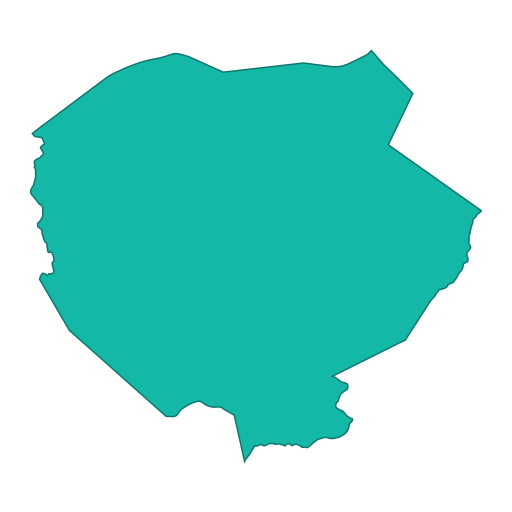 the district of San Juan, Intibucá, Honduras
{"feature_id": "27666195B28906986091339", "entity_name": "San Juan", "entity_type": "district", "adm_level": 2, "iso_a3": "HND", "parent_name": "Honduras", "parent_adm1": "Intibucá", "projection": "natural_earth1", "projection_center": [-88.422, 14.413], "detail": "fine", "context": "isolated", "style": "filled", "palette": "teal", "viewbox_px": 512, "rotation_deg": 0, "n_neighbors": 0, "source": "geoboundaries", "source_scale": "gbopen_adm2", "svg_char_len": 5922}
<svg xmlns="http://www.w3.org/2000/svg" viewBox="0 0 512 512"><path d="M172.6,416.6L174.0,416.4L175.0,416.2L175.7,415.9L176.5,415.4L177.2,414.7L177.9,414.0L178.5,413.1L179.6,411.3L180.1,410.7L180.9,409.8L181.8,409.0L183.1,408.1L186.0,406.2L187.9,405.1L189.9,404.1L192.0,403.1L193.2,402.6L195.1,402.0L196.5,401.6L197.8,401.3L198.8,401.2L200.0,401.3L200.6,401.5L201.3,401.7L202.2,402.3L204.2,403.9L205.8,404.9L207.7,405.8L209.6,406.4L211.2,406.8L213.1,407.1L215.4,407.1L217.9,406.9L218.7,406.9L220.1,407.1L221.2,407.4L222.0,407.8L222.9,408.3L223.3,408.6L224.1,409.4L234.2,415.1L244.6,461.4L245.3,459.9L250.1,453.5L250.6,452.7L251.7,450.6L252.6,449.1L253.2,448.6L253.5,448.2L254.0,447.2L254.1,446.8L254.0,446.3L254.1,446.1L257.3,445.9L258.6,445.3L259.7,444.7L260.4,444.5L261.1,444.6L261.8,444.9L263.5,445.7L264.1,445.8L264.5,445.8L265.0,445.7L266.4,444.9L268.4,443.9L269.8,443.6L270.6,443.5L271.5,443.5L273.1,443.6L273.6,443.7L274.5,444.1L275.3,444.2L276.9,444.1L277.6,444.0L278.6,443.8L279.3,443.8L279.7,443.9L280.0,444.2L280.2,444.4L280.6,444.6L281.4,444.6L282.1,444.5L282.5,444.6L283.2,444.9L283.7,445.5L284.1,445.7L284.5,445.9L284.8,445.9L285.3,445.6L286.2,444.8L287.4,443.9L287.8,443.8L288.5,443.7L289.1,443.8L290.4,444.3L290.9,444.7L291.4,445.4L291.8,445.6L292.1,445.6L292.6,445.4L295.3,444.2L295.9,444.2L296.6,444.3L298.2,445.0L299.9,445.6L300.2,445.8L300.8,446.4L301.2,446.7L302.0,447.2L303.2,447.3L305.1,447.3L306.8,447.5L307.4,447.5L308.0,447.3L309.3,446.4L312.2,443.7L316.0,440.7L317.6,439.6L318.8,439.1L324.7,437.3L325.3,437.4L326.8,437.6L329.4,438.2L330.1,438.4L331.1,438.5L332.5,438.5L334.0,438.4L335.0,438.2L339.3,437.0L340.0,436.7L341.3,435.9L343.4,434.8L344.2,434.3L345.6,433.1L346.2,432.4L346.7,431.8L347.7,430.2L348.4,428.4L349.0,426.7L349.1,426.0L349.1,425.0L349.2,424.5L349.4,424.1L349.8,423.5L350.1,423.0L350.5,422.7L351.2,422.0L351.9,421.3L352.4,420.3L352.6,419.8L352.6,419.5L352.5,419.2L352.2,418.8L351.8,418.7L351.2,418.5L350.7,418.3L348.9,417.2L346.9,415.8L346.4,415.3L343.6,411.9L343.0,411.3L342.3,410.9L341.4,410.5L339.9,409.9L339.1,409.5L337.1,408.3L336.6,407.9L336.2,407.4L335.9,406.9L335.7,406.5L335.7,405.7L335.8,404.8L335.9,404.3L336.1,403.7L336.3,403.2L336.7,402.6L337.8,401.5L338.2,400.8L339.1,397.8L339.8,396.0L340.2,395.1L340.6,394.3L341.3,393.5L342.3,392.6L344.7,390.9L346.2,389.9L347.0,389.5L347.4,389.1L347.7,388.0L347.8,386.7L347.8,385.5L347.5,384.5L347.3,384.1L346.8,383.7L346.3,383.4L345.5,383.0L343.8,382.5L342.1,382.2L341.6,382.1L339.9,380.9L335.5,377.6L334.0,376.8L332.5,376.2L398.7,343.2L405.2,340.2L430.6,300.7L435.1,295.7L435.8,294.3L436.4,293.4L438.9,290.2L439.2,289.9L439.3,289.8L441.1,289.2L443.8,288.6L444.5,288.3L445.8,287.6L446.6,287.0L447.2,286.5L447.5,286.0L447.6,285.2L447.8,284.9L448.0,284.7L449.5,284.0L452.4,282.8L453.0,282.5L453.5,282.0L453.8,281.6L454.6,280.4L455.7,279.2L456.1,278.5L456.5,277.8L457.0,276.8L457.5,275.8L459.0,273.4L459.8,272.3L461.1,271.0L461.6,270.2L462.2,269.0L462.9,267.2L463.1,266.1L463.3,264.7L463.5,264.1L463.9,263.7L465.0,263.0L467.2,261.8L467.5,261.5L467.7,261.2L467.9,260.8L467.9,260.3L468.0,259.6L468.0,259.1L467.8,258.1L467.1,255.7L466.8,253.6L466.8,253.2L466.9,252.7L467.4,252.0L467.8,251.5L468.8,250.6L469.4,249.8L470.2,248.5L470.4,247.9L470.5,247.4L470.6,246.9L470.5,246.3L470.3,245.9L469.8,245.2L469.3,244.4L468.8,243.3L468.6,242.7L468.7,242.0L469.0,241.3L469.1,240.8L469.0,236.0L469.1,235.4L469.6,234.3L469.9,233.5L470.2,232.1L470.5,229.9L470.9,228.4L471.9,224.8L472.9,221.7L472.9,221.2L472.9,220.4L472.9,220.0L473.2,219.4L473.7,218.8L474.7,217.7L475.5,217.0L475.9,216.6L476.7,215.2L477.7,213.9L478.3,213.3L479.5,212.7L480.0,212.3L480.6,211.7L481.3,210.7L388.3,144.8L412.8,93.5L400.3,80.8L383.5,64.5L371.5,50.6L367.2,54.6L356.1,60.2L348.5,63.8L346.6,64.6L344.8,65.2L343.0,65.8L340.0,66.4L338.1,66.6L336.3,66.7L334.4,66.8L332.6,66.7L303.4,63.0L223.2,72.2L190.2,57.3L188.4,56.6L186.0,55.8L183.6,55.1L180.3,54.3L177.4,53.7L176.5,53.6L175.2,53.6L174.0,53.7L172.9,53.9L166.3,56.1L162.6,57.2L158.9,58.1L151.9,59.5L147.1,60.6L142.4,61.8L137.7,63.3L131.1,65.7L124.1,68.6L117.2,71.7L113.8,73.3L110.8,75.0L108.0,76.6L105.4,78.5L39.3,128.0L32.3,133.5L33.2,134.7L34.2,135.8L34.9,136.3L35.5,136.6L39.3,137.2L42.3,137.9L42.5,138.8L43.9,142.0L44.4,143.4L44.5,143.7L44.4,144.0L44.2,144.2L43.4,144.7L42.7,145.1L41.1,146.6L40.5,147.3L40.5,147.5L40.6,147.9L41.3,149.3L42.3,151.1L43.4,152.9L43.5,153.3L43.5,153.6L42.7,154.7L42.1,155.4L41.1,156.3L40.5,157.0L39.7,157.8L39.3,158.1L38.1,158.5L36.4,159.4L35.0,160.5L34.6,160.9L34.4,161.3L34.3,162.1L34.4,163.6L34.7,164.4L35.0,165.3L35.1,165.7L35.0,166.0L34.9,166.3L34.2,166.9L35.6,169.5L35.6,171.4L35.6,176.4L35.5,177.7L35.3,178.6L34.7,181.0L33.6,184.8L32.9,186.3L32.5,187.0L31.5,188.3L31.3,188.8L31.0,189.5L30.8,190.2L30.7,191.0L30.7,191.8L30.8,192.6L31.1,193.6L31.6,194.5L36.5,200.4L39.3,204.1L40.4,204.7L41.4,205.4L42.1,206.2L42.6,207.0L42.7,207.6L42.7,208.2L42.7,215.6L42.6,216.5L42.3,217.2L41.7,218.3L39.3,222.2L38.9,222.2L38.6,222.4L38.2,222.7L38.0,223.0L37.8,223.5L37.6,224.6L37.6,225.3L37.7,225.8L38.0,226.7L38.3,227.2L38.7,227.5L39.3,227.8L39.8,228.2L41.3,229.4L41.9,230.4L42.1,231.0L42.0,232.4L42.2,233.6L43.4,237.7L44.4,240.6L44.6,241.2L45.0,241.7L46.3,242.9L46.5,243.3L46.7,243.8L47.3,247.7L47.9,251.3L48.0,251.8L48.3,252.2L48.8,252.5L49.3,252.5L50.1,252.2L50.7,252.1L51.3,252.4L51.9,252.8L52.3,253.5L52.7,254.5L53.3,256.0L53.8,258.0L54.0,259.6L54.0,260.3L53.8,260.9L53.5,261.4L52.8,261.9L52.5,262.2L52.3,262.6L52.2,263.2L52.3,264.5L52.8,267.1L53.1,268.2L53.6,269.8L53.8,270.7L53.9,271.1L53.8,271.5L53.7,271.9L53.5,272.3L53.1,272.8L52.6,273.2L52.1,273.5L51.6,273.8L51.2,273.9L50.8,273.9L49.6,273.7L48.9,273.8L48.4,274.3L47.9,275.1L47.7,275.2L47.5,275.3L47.3,275.3L46.9,275.1L45.9,274.3L44.7,273.8L43.1,273.2L42.8,273.2L42.5,273.3L42.3,273.5L41.8,274.2L41.3,275.0L40.6,276.2L40.0,277.7L39.6,279.3L69.4,330.4L166.1,416.3L172.6,416.6Z" fill="#14b8a6" stroke="#0f766e" stroke-width="1.5"/></svg>